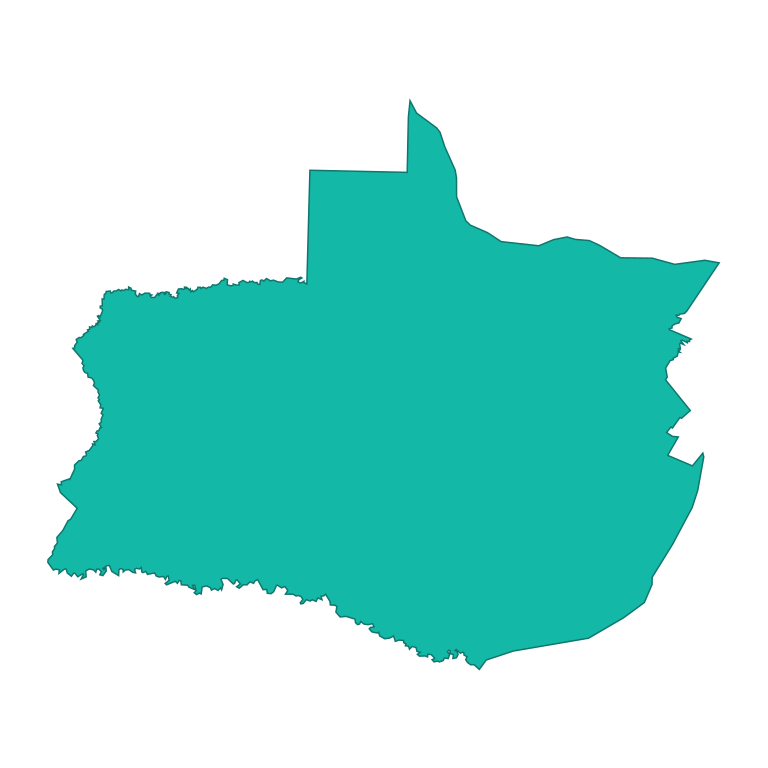 outline of Gualeguaychú, Entre Ríos, Argentina, rotated 271°
{"feature_id": "61730980B45570002459681", "entity_name": "Gualeguaychú", "entity_type": "district", "adm_level": 2, "iso_a3": "ARG", "parent_name": "Argentina", "parent_adm1": "Entre Ríos", "projection": "equal_earth", "projection_center": [-58.719, -32.998], "detail": "fine", "context": "isolated", "style": "filled", "palette": "teal", "viewbox_px": 768, "rotation_deg": 271, "n_neighbors": 0, "source": "geoboundaries", "source_scale": "gbopen_adm2", "svg_char_len": 6067}
<svg xmlns="http://www.w3.org/2000/svg" viewBox="0 0 768 768"><g transform="rotate(271 384 384)"><path d="M511.0,717.0L513.3,702.6L508.7,672.6L514.5,650.0L514.3,618.4L526.4,597.1L531.0,586.7L531.9,572.8L534.2,564.5L531.3,551.1L524.9,536.3L528.4,498.7L537.1,484.9L544.3,467.6L548.6,463.0L572.4,453.3L591.5,452.9L599.2,451.4L622.3,440.6L636.7,435.6L641.0,432.1L655.5,411.8L667.7,405.1L651.2,403.7L596.0,403.5L596.4,306.2L482.6,305.1L484.0,302.2L485.3,302.2L483.4,299.0L484.6,296.3L486.6,296.8L488.6,300.0L489.3,298.8L487.4,294.6L488.4,284.9L484.0,280.8L484.2,276.3L485.9,271.8L485.2,268.8L487.4,264.6L484.8,262.1L485.9,260.4L485.4,258.6L481.2,258.1L481.9,255.8L483.3,255.3L483.1,252.5L484.6,250.8L483.8,249.3L484.4,248.0L483.3,247.4L483.0,245.3L485.1,241.2L482.8,237.1L480.6,237.7L480.3,235.1L481.3,231.6L480.4,231.8L479.4,229.6L480.4,225.4L485.6,225.7L486.9,222.4L485.0,222.1L484.7,219.9L481.3,217.3L479.9,214.6L480.1,210.9L477.6,208.9L477.9,207.1L476.5,204.6L477.7,201.4L476.3,199.3L477.4,198.9L477.5,196.3L475.6,195.7L472.9,191.9L474.1,190.9L472.8,189.4L475.7,188.6L474.5,187.6L476.3,186.3L475.8,184.0L476.7,185.4L477.3,184.7L477.4,182.8L475.8,183.0L475.0,181.5L475.7,180.3L475.4,176.8L471.4,175.1L470.9,177.4L468.6,175.8L466.9,176.3L466.0,173.9L467.6,172.0L466.9,171.6L468.0,168.7L469.5,169.6L470.2,167.4L471.7,167.6L472.4,164.8L471.7,163.2L470.6,164.3L469.6,163.3L471.9,161.3L471.4,158.9L470.4,158.7L470.7,156.4L469.1,157.2L469.8,155.6L466.5,153.1L466.5,149.8L468.0,148.8L468.9,150.2L469.2,148.5L470.6,148.1L470.7,143.5L468.8,140.2L470.1,137.9L467.4,137.1L467.0,135.9L469.6,133.8L472.6,134.1L473.3,129.9L475.3,129.4L476.5,127.0L473.8,127.2L474.2,123.9L473.0,122.6L473.4,120.0L472.5,119.4L473.9,117.0L472.2,114.4L472.4,112.6L470.4,110.5L470.5,109.1L472.2,108.7L471.7,104.6L470.1,104.5L468.6,102.7L464.2,102.6L464.1,100.7L457.3,101.0L456.9,98.9L455.2,98.9L453.8,101.2L451.7,101.2L446.1,98.9L447.5,97.6L446.8,96.3L442.4,99.3L442.1,97.0L440.9,98.1L440.5,96.6L438.5,96.8L439.4,95.2L437.1,94.5L436.2,92.6L437.0,91.3L435.4,90.7L435.9,88.6L433.7,88.8L432.9,86.6L431.6,87.6L428.4,82.6L427.3,83.1L425.0,80.2L425.2,78.4L423.1,75.5L420.5,76.5L416.9,74.0L414.8,74.2L414.2,72.2L402.5,82.6L399.2,81.7L397.2,83.8L394.8,82.7L392.1,83.4L390.3,84.8L389.4,87.5L385.7,88.0L384.9,91.7L382.5,93.6L379.9,94.5L377.3,93.5L372.9,98.5L371.1,98.1L367.9,99.8L365.3,98.3L363.4,99.6L362.2,98.6L358.2,101.2L355.2,100.5L354.8,103.8L349.8,101.7L348.1,103.6L343.9,101.8L340.9,102.0L339.3,99.9L335.6,102.3L335.4,100.9L332.2,99.5L332.0,97.9L330.0,96.8L329.1,99.0L327.5,98.2L324.3,99.6L321.5,97.2L321.4,95.0L318.2,96.2L319.0,93.6L317.3,93.9L312.5,90.5L310.8,86.8L308.1,87.8L306.8,87.1L306.3,84.7L302.3,82.6L301.9,80.3L297.6,76.0L293.4,76.1L283.0,71.5L283.6,70.9L280.6,63.0L277.5,63.3L278.2,59.3L269.8,62.4L254.4,79.4L243.4,73.1L241.7,70.4L232.0,65.5L224.9,59.6L219.2,60.2L215.8,57.3L213.6,57.5L210.4,55.4L207.5,55.7L202.6,51.2L199.8,51.0L192.2,56.7L193.2,59.2L192.5,62.7L189.0,62.3L193.6,68.0L193.4,69.4L189.6,70.6L186.3,74.8L189.5,77.0L189.2,78.4L185.9,81.2L189.1,86.2L187.8,86.7L183.7,84.6L186.0,89.6L191.9,89.0L193.9,92.6L193.1,96.9L190.8,99.1L193.8,100.0L194.0,102.2L191.3,104.7L188.3,103.2L187.5,106.2L192.1,109.5L195.0,109.3L193.6,107.0L194.7,106.1L197.4,110.0L197.8,112.5L191.8,115.2L187.8,122.0L193.7,122.2L194.9,124.0L194.0,126.4L191.6,126.5L193.6,128.9L193.9,132.3L191.3,136.1L190.8,138.9L194.3,137.8L195.4,139.7L194.8,142.8L196.3,144.5L191.9,145.1L191.2,146.4L192.5,149.2L189.5,150.8L191.1,157.9L188.0,159.7L187.1,162.5L187.7,167.0L184.8,168.8L188.0,170.2L188.3,171.6L184.0,172.6L180.8,168.7L179.4,170.1L183.1,178.7L181.1,180.9L184.0,182.6L183.5,184.3L179.7,184.9L179.4,191.2L177.4,192.6L175.3,198.0L179.4,196.1L179.6,198.2L173.8,199.8L172.0,197.9L170.2,200.2L171.7,203.2L170.9,204.9L177.8,205.7L179.1,209.8L177.3,214.1L174.9,215.0L176.5,218.2L174.7,221.7L177.3,224.0L175.3,225.2L180.8,226.6L185.9,224.4L186.8,225.7L186.8,231.0L181.4,236.8L181.9,238.0L185.3,239.3L185.5,240.6L181.6,243.8L178.7,240.2L177.3,242.9L180.8,246.7L180.8,250.6L183.9,253.4L182.4,257.1L184.7,258.2L186.2,261.1L176.2,266.7L176.6,270.3L172.7,271.0L172.4,274.8L174.4,277.3L180.7,280.0L181.0,280.9L178.4,285.2L179.8,288.4L176.0,291.4L172.1,289.2L172.3,296.8L170.5,299.7L171.0,302.2L170.0,304.9L167.2,306.6L163.8,304.1L162.6,304.8L163.3,307.2L167.0,310.2L165.7,313.9L167.0,316.1L165.4,319.9L168.9,321.5L167.2,325.8L170.7,324.8L171.2,327.7L172.8,329.3L165.6,333.8L162.1,334.2L162.0,339.0L160.6,340.8L155.1,339.9L150.3,344.2L151.0,350.2L148.4,359.2L144.9,359.7L143.0,361.7L143.6,363.8L146.1,364.9L143.6,368.2L143.1,372.3L144.2,376.7L141.0,378.3L140.3,374.6L139.0,373.5L136.0,376.1L134.9,381.4L135.7,383.0L132.1,384.0L129.3,389.2L130.1,394.2L132.2,398.0L126.9,399.8L128.2,403.5L127.9,408.1L125.6,408.3L124.6,410.5L122.7,409.9L122.2,413.2L119.3,414.1L122.1,416.8L121.0,420.7L117.2,421.6L116.4,424.9L114.3,422.1L112.5,424.2L112.8,430.1L111.9,432.3L114.6,432.6L114.3,435.9L111.2,439.1L110.4,439.4L109.2,436.9L107.0,438.9L107.9,442.2L107.1,444.3L108.6,448.1L111.1,449.2L110.6,453.0L114.7,454.3L117.3,452.1L118.9,453.3L118.5,454.9L116.5,454.5L115.3,455.7L114.8,458.1L110.7,457.7L111.6,461.2L114.9,462.8L117.5,461.9L118.8,459.7L119.8,460.8L116.2,465.1L117.2,467.4L116.7,468.5L114.3,468.8L112.9,471.7L109.7,470.5L107.0,472.4L104.8,475.6L104.9,479.0L100.3,484.3L109.8,491.0L119.3,518.1L133.4,592.9L154.3,627.4L170.0,648.1L188.2,655.5L195.4,655.5L228.7,675.3L265.9,694.3L282.9,699.5L316.6,705.0L320.5,704.0L307.5,693.8L317.6,668.9L336.2,679.2L336.6,673.5L340.4,667.4L346.0,671.6L345.0,673.1L355.7,680.5L354.9,682.0L362.8,690.7L393.1,665.4L395.8,667.1L404.9,665.3L412.4,669.7L413.4,672.8L414.9,672.8L417.0,676.7L421.2,677.7L421.0,679.2L422.2,677.6L423.3,679.3L424.3,678.0L424.6,679.7L429.2,678.8L430.0,679.7L428.7,683.0L432.3,680.1L433.1,681.5L430.6,686.5L431.9,686.3L431.8,688.7L433.4,688.8L434.3,690.4L443.4,668.1L444.4,668.3L445.0,671.0L447.2,671.0L449.2,674.1L450.1,677.7L454.6,680.0L455.7,676.1L457.8,674.9L457.8,677.6L459.0,678.4L459.8,683.2L462.2,685.5L511.0,717.0Z" fill="#14b8a6" stroke="#0f766e" stroke-width="1.5"/></g></svg>